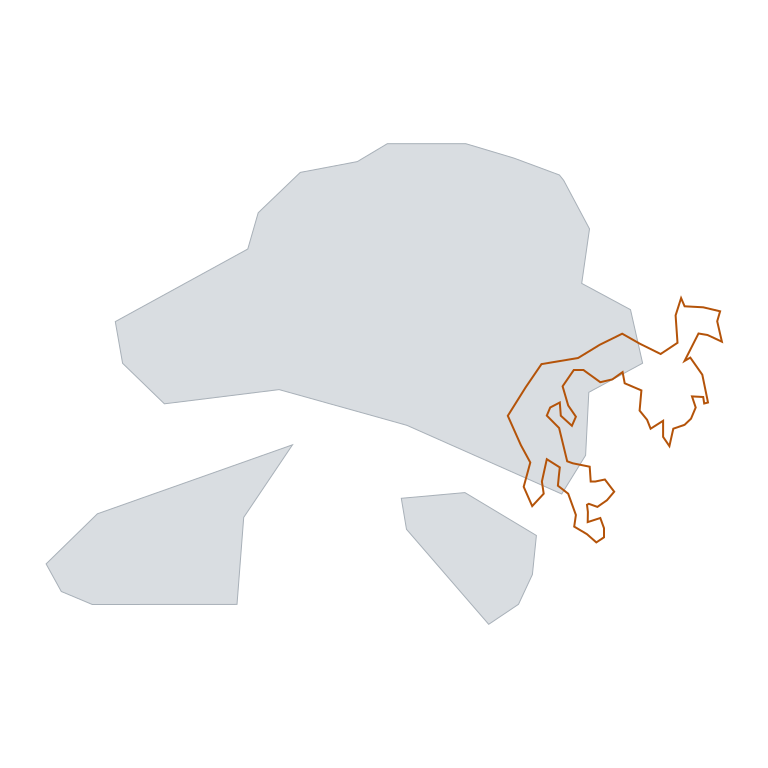 where Sai Kung sits in Hong Kong S.A.R.
{"feature_id": "HKG-5162", "entity_name": "Sai Kung", "entity_type": "state/province", "adm_level": 1, "iso_a3": "HKG", "parent_name": "Hong Kong S.A.R.", "parent_adm1": "", "projection": "mercator", "projection_center": [114.312, 22.352], "detail": "fine", "context": "in_parent", "style": "outline", "palette": "amber", "viewbox_px": 768, "rotation_deg": 0, "n_neighbors": 0, "source": "natural_earth", "source_scale": "10m", "svg_char_len": 1651}
<svg xmlns="http://www.w3.org/2000/svg" viewBox="0 0 768 768"><path d="M258.2,212.8L261.6,209.5L300.3,172.4L357.3,161.6L387.3,143.7L465.8,143.7L513.9,158.1L559.4,175.0L563.7,180.4L589.5,228.9L581.7,283.4L630.5,309.7L642.6,363.2L588.8,392.3L585.6,455.3L561.7,494.0L406.8,425.3L279.1,389.6L164.4,403.8L122.6,363.3L115.3,321.6L247.8,249.0L258.2,212.8ZM237.0,604.4L92.3,604.5L61.3,591.5L46.1,563.9L97.4,513.8L292.5,444.8L243.7,517.4L237.0,604.4ZM518.5,604.3L488.7,624.3L406.5,529.3L401.3,498.3L464.9,492.6L536.4,535.5L532.4,574.5L518.5,604.3Z" fill="#d9dde1" stroke="#a8b0b8" stroke-width="1"/><path d="M681.1,298.1L684.6,306.3L703.2,307.3L720.1,311.3L717.2,321.3L721.9,341.7L707.5,335.0L698.5,333.5L684.6,360.9L690.3,357.6L702.3,374.7L708.0,402.5L704.2,403.5L703.2,397.0L692.0,396.4L695.7,407.5L691.0,418.7L684.6,424.8L673.3,428.7L669.4,446.1L663.1,436.9L663.1,420.8L650.6,428.7L647.1,419.8L639.6,410.6L641.4,390.4L624.7,383.3L622.6,372.1L612.3,379.4L600.3,382.2L583.4,370.0L573.8,370.0L562.6,386.3L568.2,405.5L575.9,416.7L571.9,425.8L560.8,415.7L559.8,402.5L550.2,407.5L546.8,415.6L559.1,428.0L567.2,461.3L572.8,463.3L589.7,466.7L590.7,481.5L595.4,481.5L604.9,479.5L614.2,491.7L607.0,500.2L597.4,506.9L588.8,503.8L587.0,504.8L587.9,512.0L587.7,522.1L600.3,518.0L604.0,528.2L604.0,537.3L596.3,542.4L587.0,534.2L574.2,526.6L575.9,515.0L568.2,493.7L557.9,485.7L558.9,475.5L559.8,467.4L546.8,459.2L541.9,481.5L543.7,493.7L532.2,506.1L523.7,486.8L530.3,462.5L520.9,445.2L507.8,415.8L525.6,387.4L541.5,364.1L578.1,358.0L599.7,344.8L622.2,333.7L640.0,343.8L660.6,354.0L677.5,342.8L675.6,315.4L681.1,298.1Z" fill="none" stroke="#b45309" stroke-width="2"/></svg>